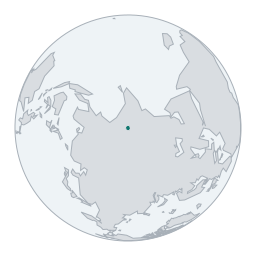 globe centered on Rapti, rotated 164°
{"feature_id": "NPL-373", "entity_name": "Rapti", "entity_type": "Administrative Zone", "adm_level": 1, "iso_a3": "NPL", "parent_name": "Nepal", "parent_adm1": "", "projection": "orthographic", "projection_center": [82.542, 28.326], "detail": "fine", "context": "on_globe", "style": "filled", "palette": "teal", "viewbox_px": 256, "rotation_deg": 164, "n_neighbors": 0, "source": "natural_earth", "source_scale": "10m", "svg_char_len": 10772}
<svg xmlns="http://www.w3.org/2000/svg" viewBox="0 0 256 256"><g transform="rotate(164 128 128)"><circle cx="128" cy="128" r="113" fill="#eef3f6" stroke="#a8b0b8"/><path d="M163.6,21.1L169.8,24.5L174.9,26.9L171.3,25.6L183.1,31.3L188.5,35.4L180.5,30.1L178.1,29.1L180.9,31.3L179.1,30.9L179.4,31.8L177.0,31.1L172.5,28.5L170.9,28.1L172.9,29.7L171.8,30.4L169.1,27.9L166.9,28.9L158.9,25.3L153.5,20.6L147.2,19.2L136.6,16.3L135.6,16.5L131.0,16.0L128.2,16.2L127.0,15.9L125.7,16.3L127.3,16.6L127.3,16.9L125.8,17.1L124.1,16.7L124.6,16.5L123.3,16.5L123.0,16.3L122.3,16.5L120.3,16.2L120.0,16.9L116.5,17.0L115.9,16.7L118.9,16.2L124.2,15.4L132.2,15.4L140.2,16.0L148.1,17.2L155.9,18.9L163.6,21.1ZM108.8,17.0L110.7,16.8L107.1,17.4L102.5,18.4L100.6,18.8L98.5,19.3L97.7,19.6L91.8,21.3L100.2,18.8L108.8,17.0ZM178.9,28.8L177.3,27.7L179.5,29.0L178.9,28.8ZM179.8,32.0L180.9,32.6L180.6,32.9L179.8,32.0ZM112.5,16.5L111.6,16.6L112.5,16.5ZM114.2,16.3L114.9,16.1L115.9,16.0L115.4,16.1L114.2,16.3ZM176.7,32.2L175.9,32.6L175.9,31.7L176.7,32.2ZM113.1,16.5L117.4,15.9L119.1,15.8L118.7,16.1L113.1,16.5ZM174.9,32.6L173.1,34.0L175.2,35.2L168.1,33.0L172.0,32.3L171.7,30.9L173.2,32.1L174.9,32.6ZM128.5,16.6L126.7,16.3L129.6,16.4L128.5,16.6ZM130.4,16.6L139.3,16.9L141.1,17.6L137.8,17.3L141.3,18.3L137.8,18.4L135.1,17.9L134.6,17.4L133.7,17.9L130.4,16.6ZM164.4,31.6L163.3,31.7L163.6,31.2L164.4,31.6ZM127.5,17.1L129.2,17.0L130.9,17.5L128.0,17.9L128.3,17.6L127.5,17.1ZM143.9,18.5L144.7,19.1L142.1,19.4L142.1,19.7L137.9,18.5L143.9,18.5ZM127.2,17.5L126.4,18.0L124.2,18.0L126.1,17.2L127.2,17.5ZM132.6,17.6L133.3,17.9L131.9,17.8L132.6,17.6ZM116.0,18.6L117.9,18.2L119.0,18.5L116.0,18.6ZM126.3,18.2L127.0,18.3L127.7,18.4L126.7,18.7L126.3,18.2ZM136.4,18.8L135.1,18.9L137.9,19.3L136.1,19.7L133.7,18.9L134.0,19.4L133.4,19.5L132.1,18.8L136.4,18.8ZM127.7,19.5L124.0,18.8L120.2,19.3L119.1,19.0L125.4,18.4L127.7,19.5ZM130.4,19.1L128.5,19.2L128.1,18.7L129.2,18.4L130.4,19.1ZM135.7,20.3L139.2,19.9L139.6,20.2L135.7,20.3ZM126.7,19.6L127.6,19.8L126.4,19.7L126.7,19.6ZM133.0,20.2L134.2,20.0L134.6,20.2L133.0,20.2ZM128.4,20.4L127.3,20.1L127.9,19.8L128.4,20.4ZM130.6,20.4L130.9,20.7L128.9,19.9L131.0,20.2L130.6,20.4ZM133.3,20.4L133.9,20.5L132.7,20.5L133.3,20.4ZM126.5,21.9L123.8,20.9L125.3,20.1L127.7,21.2L126.5,21.9ZM21.5,91.2L22.2,89.5L24.9,82.8L36.6,71.2L36.3,74.9L42.4,80.2L42.6,82.1L38.9,86.4L41.0,98.7L45.2,96.0L50.2,104.3L55.4,107.2L62.6,98.4L54.1,93.5L55.6,87.8L64.8,87.7L72.7,92.5L73.5,90.5L71.1,83.8L75.5,81.5L70.5,81.3L70.6,83.9L67.5,83.9L67.3,81.6L68.8,80.8L67.2,78.7L60.2,83.6L59.5,86.7L53.6,84.4L52.0,89.5L49.5,90.6L51.3,82.4L53.1,80.1L54.4,70.1L52.0,72.2L50.6,81.9L49.9,80.4L46.6,83.8L48.6,80.1L50.7,69.4L47.1,67.4L38.0,72.7L36.9,71.4L37.9,67.4L45.7,59.0L47.5,63.2L50.2,60.7L53.7,55.3L54.0,57.2L55.6,55.6L56.6,57.1L61.9,55.5L63.5,56.8L69.2,52.7L70.8,53.0L67.0,55.2L65.2,57.7L69.7,61.5L71.6,61.3L75.0,58.4L75.8,60.1L78.4,56.9L82.8,58.0L79.7,54.1L83.6,51.2L88.2,50.3L88.9,48.7L81.4,50.3L78.9,51.7L77.6,53.8L70.3,57.5L68.0,57.0L73.5,50.9L70.8,49.7L76.3,45.9L93.3,43.2L98.5,44.2L99.4,51.8L96.1,53.0L94.1,50.8L92.6,55.5L94.3,53.8L95.0,55.3L98.8,53.3L99.5,54.3L102.1,50.9L103.3,51.9L101.7,54.0L108.4,52.4L112.0,54.1L113.2,53.3L113.5,52.0L117.8,55.4L118.5,54.6L117.4,53.2L118.0,50.9L120.8,48.4L122.2,49.7L121.3,50.8L121.6,55.2L119.2,58.2L120.0,58.6L122.4,56.3L122.1,50.8L123.4,48.9L124.1,51.3L123.9,50.3L125.0,49.8L127.4,50.6L126.9,47.9L136.9,41.7L142.4,43.0L141.9,45.6L150.3,43.7L155.9,46.0L154.8,44.6L158.1,43.1L156.4,42.4L156.1,41.6L163.9,38.4L166.8,38.9L168.9,36.6L168.3,36.0L166.3,35.4L168.1,33.0L175.2,35.2L176.1,36.5L180.0,37.3L181.5,40.2L184.5,43.3L183.8,46.4L186.3,48.8L187.5,48.9L191.8,52.5L196.2,60.1L187.1,53.4L179.4,43.5L182.1,47.3L179.9,46.4L179.8,47.9L181.9,50.8L183.1,51.1L178.0,56.9L179.7,65.8L183.5,64.5L187.0,66.5L192.3,77.1L189.2,93.6L193.9,97.9L194.9,101.1L192.5,103.8L190.9,99.1L187.5,98.0L187.0,95.1L182.6,98.3L181.7,94.3L178.7,99.0L181.0,101.9L185.3,100.3L183.1,106.4L188.8,111.1L190.6,117.6L185.1,130.8L177.6,135.7L177.4,137.8L173.8,135.9L170.0,140.7L177.4,151.4L177.5,154.7L170.8,162.0L170.5,159.5L161.1,154.6L159.9,162.6L167.1,168.3L169.6,175.4L164.3,173.7L161.7,167.5L158.4,165.5L158.8,158.6L155.2,148.6L149.9,150.9L149.8,146.7L144.0,138.3L136.1,141.2L123.8,152.2L122.8,162.7L118.3,167.0L111.0,151.4L109.9,140.9L106.0,141.5L99.7,131.8L84.9,128.5L84.0,125.5L80.9,126.1L76.7,122.1L75.8,117.2L72.6,116.6L75.4,129.6L78.9,130.3L83.5,126.9L83.5,131.2L87.7,136.0L78.7,144.0L58.7,146.8L58.8,138.6L54.2,113.0L55.5,110.8L55.6,110.5L55.7,110.0L53.1,113.3L53.0,108.4L53.3,125.5L52.4,132.1L58.4,147.2L57.4,148.0L59.9,151.5L70.6,151.9L70.2,154.5L63.9,164.5L51.0,174.8L53.9,185.5L55.0,193.4L49.5,195.4L52.7,201.7L50.3,202.0L51.9,205.2L51.5,207.1L49.8,207.7L44.1,202.9L41.6,199.8L35.5,191.5L26.0,173.2L25.2,167.5L23.8,161.4L19.9,144.9L20.6,138.5L20.1,134.4L18.7,132.9L18.4,128.0L17.8,126.6L15.7,120.0L16.2,114.0L18.3,102.4L21.5,91.2ZM29.4,79.2L28.3,81.0L29.4,79.2ZM78.9,102.9L85.0,105.4L85.9,98.2L88.3,98.7L87.7,96.2L85.9,97.7L85.0,91.1L89.0,90.3L90.1,87.5L88.1,86.5L81.0,89.2L82.3,98.5L79.3,100.5L78.9,102.9ZM63.6,46.6L62.7,48.2L60.5,49.5L58.4,48.6L61.7,46.7L63.6,46.6ZM62.0,50.3L68.0,44.9L69.5,45.5L67.7,46.0L68.1,46.9L65.2,48.1L60.7,54.2L58.4,55.8L55.9,52.9L57.9,52.8L58.7,51.1L62.0,50.3ZM80.8,32.9L83.5,31.3L83.3,34.5L80.9,35.6L78.7,34.6L80.3,32.7L80.8,32.9ZM111.6,17.5L112.7,17.2L113.2,17.2L112.7,17.5L111.6,17.5ZM116.8,18.4L107.7,19.0L108.4,18.6L102.2,19.7L101.7,19.3L105.7,18.5L100.7,19.2L104.1,18.3L100.5,19.0L109.5,17.3L112.3,16.7L109.3,17.4L109.8,17.8L110.8,17.8L115.9,17.5L122.2,16.9L123.7,17.4L123.0,18.0L121.7,18.2L121.2,17.7L119.8,18.4L118.0,17.9L116.8,18.4ZM114.1,28.1L114.1,26.8L111.0,29.3L109.2,28.3L109.0,28.7L106.5,28.5L103.1,29.1L102.7,28.5L101.6,29.0L99.9,29.0L98.2,29.6L96.9,28.8L94.7,29.4L95.4,28.7L91.9,30.1L93.9,28.7L91.9,28.8L91.0,30.1L88.5,25.9L85.8,25.7L82.5,26.4L86.5,24.4L92.1,22.6L97.9,21.6L99.9,22.3L101.3,21.4L102.7,21.5L101.0,22.2L104.5,21.3L105.1,21.6L110.3,21.6L114.9,20.5L116.9,20.6L115.4,21.2L118.4,20.9L117.1,22.2L118.5,22.3L118.6,23.9L115.0,25.2L116.8,25.3L117.0,26.7L114.1,28.1ZM126.4,22.3L122.5,23.8L119.6,24.1L120.7,21.3L119.6,21.0L120.2,19.5L124.3,19.2L123.8,19.6L124.2,20.0L122.7,19.9L124.3,20.3L123.5,20.9L124.5,21.4L123.0,21.7L126.4,22.3ZM44.8,81.2L45.3,82.1L46.5,83.0L44.5,85.3L44.8,81.2ZM46.1,73.9L46.8,74.2L44.6,77.6L44.0,76.7L46.1,73.9ZM49.2,71.7L47.0,74.0L47.9,72.2L49.2,71.7ZM67.9,55.5L68.9,55.8L68.3,56.6L66.8,57.3L67.9,55.5ZM104.6,36.5L105.1,35.5L105.8,35.4L108.7,33.4L110.3,34.2L109.1,35.6L104.6,36.5ZM60.0,99.3L57.4,100.3L57.1,98.9L58.1,98.8L60.0,99.3ZM49.7,92.6L51.2,95.4L49.2,93.2L49.7,92.6ZM106.8,37.0L107.8,36.1L107.9,37.1L106.8,37.0ZM111.6,34.6L112.0,35.6L110.8,34.0L111.6,34.6ZM110.5,236.7L112.5,237.4L110.7,237.2L110.5,236.7ZM70.3,197.7L68.8,209.3L64.4,207.8L61.9,203.6L61.3,196.1L65.7,195.4L67.4,192.3L70.3,197.7ZM194.0,186.9L196.7,186.5L196.5,187.0L194.0,186.9ZM191.2,186.1L194.4,185.4L190.5,187.2L191.2,186.1ZM195.6,185.2L198.8,183.4L200.2,182.3L199.9,183.3L195.6,185.2ZM189.0,186.7L176.5,189.1L171.4,188.7L172.7,186.9L180.9,186.0L189.0,186.7ZM172.3,187.0L164.4,183.4L152.7,170.4L156.9,170.4L168.9,177.6L168.2,179.2L173.0,182.2L172.3,187.0ZM191.0,174.9L190.2,179.3L183.4,180.4L180.3,180.3L178.1,175.1L179.3,172.1L181.9,171.7L191.5,159.7L194.9,161.3L192.1,166.2L194.9,169.4L191.0,174.9ZM123.4,163.7L126.2,169.9L123.7,170.8L123.4,163.7ZM194.9,151.7L191.3,157.1L194.4,150.3L194.9,151.7ZM196.4,145.6L196.9,147.8L195.1,146.0L196.4,145.6ZM177.8,141.0L175.0,142.0L174.7,140.4L178.1,138.2L177.8,141.0ZM192.0,123.2L192.8,128.1L192.6,129.9L190.9,127.2L192.0,123.2ZM121.4,44.0L115.6,45.7L112.4,47.9L112.3,50.4L110.0,47.8L114.9,44.5L121.4,44.0ZM134.9,41.7L135.0,39.9L136.6,40.4L136.7,40.9L134.9,41.7ZM133.8,40.8L130.8,39.1L132.0,37.9L134.1,39.5L133.8,40.8ZM118.6,37.6L116.8,37.9L116.7,37.1L118.6,37.6ZM203.4,211.6L203.5,211.6L203.4,211.6ZM207.1,208.2L206.5,208.8L206.8,208.4L204.8,210.3L203.3,211.3L204.8,208.9L202.7,210.7L205.7,207.4L202.2,210.8L202.5,209.3L200.2,209.8L181.5,220.6L178.0,221.0L180.3,218.7L179.8,212.9L181.0,212.7L181.9,208.2L193.8,200.9L202.7,190.2L207.7,188.8L212.4,181.0L217.1,179.2L214.8,184.8L218.7,185.4L223.8,172.6L223.6,182.5L224.7,184.1L222.0,190.0L215.6,198.8L207.1,208.2ZM236.7,156.5L236.9,155.5L236.9,155.9L236.7,156.5ZM200.6,185.4L204.6,180.9L206.5,180.0L200.6,185.4ZM236.7,155.7L236.2,156.4L236.4,155.6L236.7,155.7ZM236.9,154.1L237.0,153.3L237.0,154.9L236.9,154.1ZM236.3,153.6L236.7,154.3L236.2,153.9L236.3,153.6ZM235.9,154.4L235.5,154.4L235.6,154.0L235.9,154.4ZM228.9,162.5L230.8,165.8L228.8,167.4L226.8,165.9L224.3,170.4L219.4,172.8L220.8,170.2L220.3,167.5L214.6,169.1L213.5,167.6L215.7,165.3L211.7,165.4L216.1,162.7L217.7,166.0L220.1,161.7L223.9,160.4L227.3,159.7L229.6,160.9L228.9,162.5ZM215.7,171.6L216.5,171.3L215.7,172.8L215.7,171.6ZM234.7,153.4L235.3,154.4L235.1,155.0L234.8,155.1L234.7,153.4ZM230.2,159.7L232.9,154.3L233.4,153.9L231.6,159.1L230.2,159.7ZM232.4,152.6L233.5,152.1L233.9,153.5L233.7,154.2L232.4,152.6ZM206.8,171.5L206.5,172.7L205.3,172.2L206.8,171.5ZM208.4,170.3L211.9,170.2L208.0,171.4L208.4,170.3ZM196.8,169.9L197.9,172.3L201.6,169.5L198.8,172.8L201.1,176.5L200.2,178.4L197.9,174.4L196.9,179.5L195.2,179.9L194.5,175.9L196.2,170.3L197.9,167.6L204.4,164.8L196.8,169.9ZM208.4,167.0L207.4,164.1L208.1,161.7L209.2,163.1L208.4,167.0ZM204.2,157.4L201.3,154.4L198.9,156.6L203.5,149.8L205.6,153.7L204.2,157.4ZM201.4,149.7L199.1,151.7L201.3,147.9L201.4,149.7ZM198.4,150.6L197.9,148.0L199.8,147.9L198.4,150.6ZM202.6,149.5L202.5,144.8L203.7,147.2L202.6,149.5ZM196.4,142.2L200.9,145.5L195.5,145.1L194.0,136.4L196.2,135.6L196.4,142.2ZM201.1,103.0L199.9,100.7L201.6,99.5L201.9,101.4L201.1,103.0ZM205.9,94.3L201.6,98.5L198.0,102.1L199.7,102.9L199.9,107.4L196.7,104.1L198.4,98.5L201.3,96.5L200.7,92.8L202.1,89.6L200.0,85.4L200.3,83.2L203.1,86.5L205.9,94.3ZM199.0,83.7L195.9,76.3L199.6,76.1L201.1,77.7L201.0,81.1L199.0,81.0L199.0,83.7ZM196.2,74.5L194.3,74.4L185.8,64.9L184.9,62.9L193.3,69.6L192.0,69.9L193.5,72.4L196.2,74.5ZM164.3,32.3L163.4,31.8L164.7,32.1L164.3,32.3ZM155.1,41.3L155.0,40.3L156.5,40.5L155.1,41.3ZM155.4,37.9L153.8,38.2L154.9,37.3L155.4,37.9ZM150.4,39.3L152.9,38.1L151.3,40.0L150.4,39.3Z" fill="#d9dde1" stroke="#a8b0b8" stroke-width="1"/><path d="M128.2,129.2L128.0,129.3L127.8,129.3L127.7,129.2L127.3,128.9L127.2,128.9L127.2,128.7L127.3,128.7L127.2,128.5L127.2,128.4L127.1,128.2L127.0,127.9L127.1,127.7L127.1,127.4L127.3,127.4L127.5,127.3L127.5,127.2L127.9,126.9L128.0,126.8L128.0,126.7L128.2,126.8L128.3,126.8L128.3,127.0L128.5,127.0L129.0,127.2L129.0,127.3L128.9,127.4L128.7,127.5L128.6,127.8L128.9,128.0L128.8,128.3L128.8,128.5L128.7,128.6L128.8,128.7L128.8,128.8L128.7,128.8L128.4,129.0L128.5,129.0L128.4,129.1L128.2,129.2L128.2,129.2Z" fill="#14b8a6" stroke="#0f766e" stroke-width="1.5"/></g></svg>